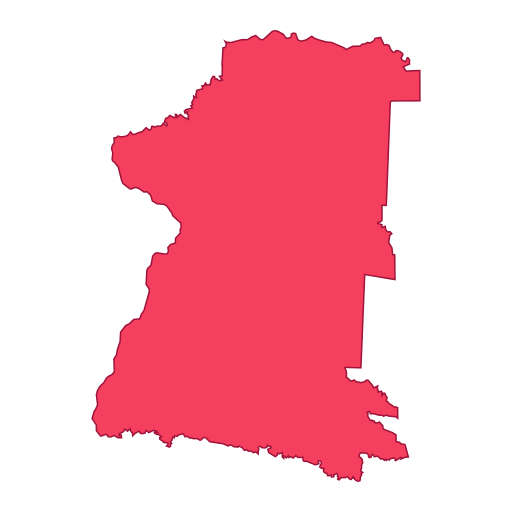 Puerto Quito, Pichincha, Ecuador (orthographic projection)
{"feature_id": "8360857B71791990485840", "entity_name": "Puerto Quito", "entity_type": "district", "adm_level": 2, "iso_a3": "ECU", "parent_name": "Ecuador", "parent_adm1": "Pichincha", "projection": "orthographic", "projection_center": [-79.239, 0.156], "detail": "fine", "context": "isolated", "style": "filled", "palette": "rose", "viewbox_px": 512, "rotation_deg": 0, "n_neighbors": 0, "source": "geoboundaries", "source_scale": "gbopen_adm2", "svg_char_len": 6029}
<svg xmlns="http://www.w3.org/2000/svg" viewBox="0 0 512 512"><path d="M193.3,438.6L197.3,438.7L200.0,440.2L201.0,440.0L203.3,437.7L205.6,437.6L209.7,441.7L222.9,443.7L228.4,446.0L229.5,445.1L231.2,445.1L234.6,447.0L235.7,446.5L237.5,447.3L239.2,446.2L242.5,447.8L243.7,449.7L244.9,450.4L246.7,449.7L248.3,451.2L251.3,451.0L253.2,452.7L255.8,451.9L258.2,453.9L258.1,451.4L258.9,449.3L258.1,447.5L259.1,446.5L260.0,446.3L261.8,447.6L264.6,448.0L266.9,447.2L267.2,445.6L267.9,445.3L269.2,446.5L270.3,446.3L271.3,447.1L270.9,448.0L267.8,449.3L268.7,452.5L275.4,456.7L277.5,454.8L277.5,453.2L279.4,453.8L282.2,452.6L282.3,457.0L283.7,458.2L283.5,455.8L286.4,457.9L288.3,455.8L288.8,457.5L290.7,456.7L293.2,458.0L295.9,455.7L297.7,457.4L303.0,457.4L303.0,460.1L304.1,461.4L306.4,461.2L315.4,464.8L318.9,463.7L318.1,461.0L320.2,460.8L321.6,462.6L319.7,467.0L321.8,468.5L323.9,468.5L323.5,471.3L324.0,472.2L327.4,474.0L327.5,475.6L329.7,475.7L331.2,475.0L331.5,477.0L333.8,476.7L334.1,474.7L336.8,473.5L337.6,474.4L337.5,476.4L338.6,476.8L337.6,479.1L339.1,479.9L341.1,477.7L345.7,477.6L347.6,476.5L349.5,479.0L351.1,479.5L351.7,478.5L353.3,478.0L353.1,476.6L353.7,476.8L354.6,479.2L356.2,480.6L358.4,481.3L360.0,480.6L360.5,476.6L361.5,475.4L361.1,473.6L362.8,472.5L360.6,470.9L361.5,468.3L361.7,464.4L362.7,462.8L362.1,459.2L358.8,456.0L360.4,452.8L366.7,453.2L368.3,454.6L368.6,456.9L369.3,457.6L371.1,457.2L371.5,455.1L372.6,454.3L374.3,456.7L377.5,456.1L380.9,459.1L382.7,458.8L384.4,460.3L385.1,459.4L386.4,460.4L386.9,459.3L389.4,460.0L390.6,458.6L394.3,458.0L395.4,458.9L395.1,460.4L395.8,460.6L400.6,457.4L401.8,457.8L401.1,458.9L405.5,457.2L408.4,457.0L405.0,444.6L400.7,443.7L399.6,442.3L396.1,441.5L396.0,434.9L392.4,432.6L384.2,429.5L382.8,427.9L382.8,425.8L379.4,422.0L377.6,422.9L374.9,422.7L374.4,421.2L373.2,420.7L372.2,421.0L371.9,420.2L370.3,420.4L367.8,416.4L367.9,413.2L367.2,412.2L369.1,411.5L370.1,412.0L370.0,413.2L370.9,413.9L373.1,413.6L379.2,415.2L382.5,415.2L383.3,416.2L386.8,415.1L388.2,416.0L396.0,416.8L397.7,418.3L397.6,407.7L396.0,406.9L394.7,407.3L388.7,403.2L387.8,401.7L386.2,401.0L387.1,397.5L385.4,395.0L385.1,393.5L384.0,393.1L382.0,395.4L382.2,392.6L381.3,391.2L378.0,392.0L378.0,389.6L377.1,388.2L377.7,386.0L373.7,387.8L372.4,385.3L368.1,380.2L366.6,380.1L363.8,382.0L360.6,382.7L358.3,381.9L356.5,382.0L354.3,380.0L351.0,381.2L346.3,376.9L346.6,373.6L346.1,370.6L345.2,369.1L345.2,367.4L360.9,367.8L364.7,274.5L395.0,279.6L394.7,254.8L392.7,254.7L391.9,247.8L388.7,242.5L389.7,235.4L391.8,233.7L390.0,231.7L388.0,231.9L386.9,231.3L385.6,229.2L385.2,226.3L381.8,227.5L381.5,226.5L382.0,224.7L377.7,223.5L377.9,222.4L380.5,221.8L382.0,220.4L382.0,205.3L386.3,205.4L390.3,101.8L392.0,100.9L419.9,100.8L419.8,70.5L406.0,71.1L403.3,66.7L409.5,64.1L409.5,60.1L408.2,57.9L407.3,57.8L405.7,61.7L402.4,60.4L401.1,58.1L402.9,54.8L402.5,53.5L399.8,51.4L397.3,50.5L395.7,50.8L395.6,51.9L393.1,52.3L390.5,49.3L389.1,45.5L386.5,44.5L385.5,45.0L383.9,44.6L380.6,37.4L375.1,38.4L373.9,40.7L370.2,42.9L367.2,42.5L365.2,43.8L362.2,44.2L360.0,46.1L352.7,46.3L346.1,49.5L344.0,47.8L331.7,42.5L325.9,41.9L318.5,39.8L314.7,38.4L311.8,36.3L306.2,39.9L301.3,41.2L298.6,40.3L297.5,39.1L295.6,33.5L293.2,33.1L291.3,34.1L291.2,36.7L290.6,37.4L288.5,38.1L285.9,38.1L283.2,34.2L277.8,31.3L275.2,30.7L272.3,31.4L263.0,39.8L259.9,39.2L255.7,35.5L251.4,37.1L247.9,39.6L241.7,39.7L230.7,42.6L226.2,42.1L225.1,41.4L226.4,44.1L225.9,46.3L224.8,47.6L223.0,47.8L222.0,65.4L222.4,65.4L222.1,76.0L219.5,76.3L222.3,80.1L218.7,80.6L217.0,78.9L215.1,78.9L214.5,76.5L212.9,76.5L210.7,80.4L211.1,81.6L210.2,83.0L210.2,85.1L208.0,84.7L205.9,85.2L206.0,83.4L205.5,83.0L203.9,85.9L202.0,85.8L202.7,88.8L196.6,90.4L196.4,93.2L195.7,94.4L196.7,97.5L195.3,97.4L193.7,96.1L193.7,99.1L191.7,102.6L192.7,104.6L190.8,105.8L192.1,107.2L192.2,108.1L186.0,109.6L184.4,111.1L185.0,113.2L187.4,111.9L187.1,113.8L188.4,114.9L188.1,117.7L188.7,119.4L184.1,117.4L180.3,114.4L177.3,117.2L176.8,114.6L175.4,114.4L175.7,116.7L174.4,117.7L169.7,115.4L168.4,117.2L165.7,118.4L164.7,121.0L164.6,122.2L166.9,123.2L166.9,125.6L165.3,125.1L163.4,123.2L161.2,126.0L156.7,126.2L154.3,127.2L152.8,126.2L151.7,126.4L151.2,129.0L150.1,129.9L149.2,130.0L146.1,127.7L141.9,131.9L139.7,132.2L134.7,134.3L132.7,134.4L130.5,131.8L128.4,134.8L125.6,136.3L120.9,136.9L118.0,136.1L115.8,137.9L114.0,137.9L114.3,142.5L112.1,146.0L111.6,148.6L112.8,153.1L112.1,159.2L112.6,160.8L114.8,162.6L118.3,167.1L121.7,180.7L123.0,183.5L129.9,188.9L131.5,188.9L135.0,187.5L136.5,187.7L138.9,188.5L143.9,192.0L147.2,191.8L150.7,195.4L152.4,201.0L157.1,203.8L163.3,204.2L166.7,205.8L172.1,213.4L172.6,215.6L180.6,222.9L181.3,226.5L180.1,229.8L180.2,233.1L175.6,238.2L175.3,243.0L170.6,244.5L167.9,247.5L168.4,251.3L167.8,252.8L166.6,254.0L164.3,254.0L157.0,252.8L155.0,253.4L152.7,256.1L151.0,265.2L147.8,268.3L146.9,270.1L146.1,284.4L149.0,288.7L149.3,291.6L144.0,310.4L141.3,314.4L139.7,318.9L133.8,319.4L129.0,324.0L125.7,325.5L120.6,332.2L120.1,341.6L117.6,348.8L116.4,355.0L113.9,358.9L114.3,372.0L111.3,375.1L109.1,375.9L106.4,378.1L103.9,382.6L99.9,386.3L97.4,390.8L96.4,394.9L97.6,404.8L95.5,409.7L94.2,411.2L92.1,418.6L96.3,424.9L96.4,430.7L100.4,435.9L101.1,436.1L105.7,434.4L106.7,434.8L108.3,436.8L111.0,436.9L113.9,435.5L118.0,437.7L121.5,437.8L121.3,435.1L120.1,434.8L119.3,435.5L119.2,433.9L123.6,431.6L124.9,429.1L127.5,431.2L130.1,428.8L130.7,431.1L132.5,433.4L132.8,435.8L134.8,433.5L138.9,431.2L139.5,431.6L139.8,432.8L141.9,433.7L144.8,433.2L146.2,430.4L148.8,432.6L153.9,430.2L156.9,431.4L157.6,432.5L154.7,431.8L154.3,432.5L154.9,433.3L156.7,434.5L158.3,434.3L161.2,436.3L161.3,437.2L159.7,437.4L159.7,439.0L161.7,440.6L163.3,441.1L163.4,442.3L168.0,443.1L168.0,444.5L166.5,446.0L169.4,447.1L170.4,446.3L170.8,443.6L171.6,443.4L170.5,441.8L172.1,439.9L172.8,437.0L173.8,436.6L174.4,437.5L174.7,435.7L177.4,436.3L177.6,435.3L182.5,433.8L183.6,434.3L184.9,436.7L187.7,436.5L189.8,438.1L190.7,437.8L193.3,438.6Z" fill="#f43f5e" stroke="#9f1239" stroke-width="1.5"/></svg>